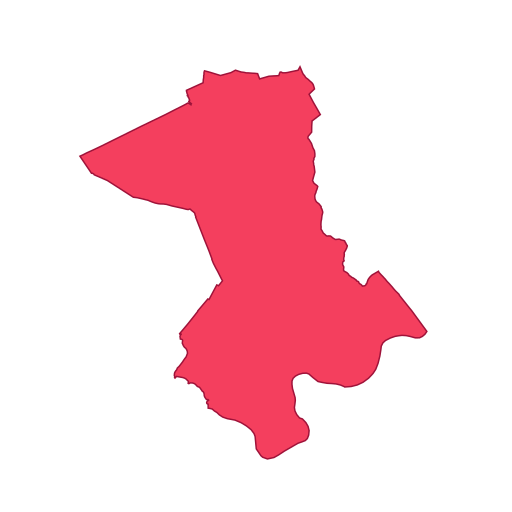 Negri, Bacau, Romania (orthographic projection), rotated 244°
{"feature_id": "2599482B87811792922311", "entity_name": "Negri", "entity_type": "district", "adm_level": 2, "iso_a3": "ROU", "parent_name": "Romania", "parent_adm1": "Bacau", "projection": "orthographic", "projection_center": [26.996, 46.704], "detail": "fine", "context": "isolated", "style": "filled", "palette": "rose", "viewbox_px": 512, "rotation_deg": 244, "n_neighbors": 0, "source": "geoboundaries", "source_scale": "gbopen_adm2", "svg_char_len": 6080}
<svg xmlns="http://www.w3.org/2000/svg" viewBox="0 0 512 512"><g transform="rotate(244 256 256)"><path d="M406.8,378.5L404.5,375.2L406.1,369.0L407.1,364.8L407.8,362.7L408.9,360.4L409.4,359.8L410.0,359.6L410.7,358.4L410.4,358.0L409.9,357.2L408.9,356.4L408.6,356.0L408.2,355.5L409.1,353.1L410.0,351.1L411.8,346.7L412.0,346.0L412.7,341.9L413.6,336.9L419.2,337.4L420.6,335.2L422.1,332.5L423.8,329.6L424.9,327.5L426.2,325.9L427.9,323.3L432.0,319.0L431.8,313.8L433.8,303.2L441.0,295.5L443.3,292.9L445.0,290.9L444.2,290.1L443.7,289.7L443.0,289.3L442.1,289.0L441.3,288.2L439.2,287.1L437.7,286.0L434.9,284.4L435.4,266.1L434.4,265.7L434.2,265.8L433.2,265.5L432.2,265.3L430.8,265.2L430.4,265.3L430.3,265.1L430.3,264.8L430.3,264.6L430.2,264.5L429.2,264.9L428.8,264.9L428.4,264.7L428.0,264.7L427.5,264.9L427.1,264.9L426.3,264.7L425.2,264.7L424.6,264.1L424.6,263.7L424.5,263.4L424.4,263.3L424.0,263.3L423.6,263.4L423.3,263.8L423.0,264.0L422.5,264.1L421.2,264.7L420.8,264.1L420.5,263.9L420.4,263.8L422.3,262.8L423.4,261.6L423.2,259.2L423.1,255.4L423.0,246.9L422.8,235.6L422.9,211.0L422.9,210.1L422.9,209.2L422.7,179.6L422.6,165.0L422.7,156.2L422.9,148.9L422.8,144.7L422.9,141.5L402.5,144.4L402.3,145.0L401.5,145.7L400.5,146.2L399.9,146.2L389.0,155.5L362.6,171.5L360.4,174.9L356.6,179.6L355.2,181.2L354.0,182.7L353.1,183.7L352.3,184.3L350.3,186.1L347.9,188.5L345.9,191.0L344.7,192.9L343.5,195.3L341.6,198.2L339.9,200.1L337.9,202.3L331.1,210.9L328.6,213.8L327.6,215.2L327.4,215.7L327.3,216.8L327.2,217.1L326.7,217.6L326.0,217.7L324.7,218.3L323.1,219.1L321.8,219.6L320.8,219.6L319.7,219.3L318.5,219.2L317.8,219.2L317.4,218.8L293.2,216.8L284.5,216.2L280.6,215.9L272.6,215.1L272.3,214.8L268.0,214.5L262.5,214.6L259.2,214.8L250.9,214.9L248.4,215.0L246.5,211.0L245.7,209.3L247.2,208.1L237.5,194.7L238.5,193.9L235.8,187.8L232.2,179.6L231.8,179.4L229.1,173.9L225.0,165.3L223.7,162.4L219.7,153.3L219.2,153.3L219.0,153.9L218.8,154.4L218.4,154.4L218.0,153.4L217.2,152.5L214.5,151.6L213.8,152.6L213.4,152.9L212.6,153.1L212.2,153.0L210.9,152.1L209.9,151.5L208.3,151.5L207.4,151.4L205.2,151.7L203.9,152.4L202.2,152.6L200.7,152.5L198.6,151.8L195.9,148.9L195.1,147.2L193.9,145.0L193.1,143.8L190.5,138.5L189.8,136.2L188.5,134.8L187.9,133.4L187.2,132.3L186.4,131.4L184.5,130.2L183.6,130.2L182.4,129.5L181.8,129.7L182.6,131.8L178.8,137.0L177.5,138.3L176.1,139.2L172.9,140.3L171.3,139.2L170.7,139.7L170.8,141.2L169.7,143.3L168.2,144.8L166.3,145.6L164.5,146.1L162.7,147.7L159.2,148.3L157.8,148.5L157.4,148.9L156.8,149.1L155.8,149.1L154.5,148.8L153.3,148.3L152.0,148.1L150.9,148.2L148.9,148.5L148.5,148.9L148.0,150.0L147.2,150.2L147.0,149.7L146.9,149.1L146.9,148.6L146.3,147.7L145.7,147.3L144.9,147.2L144.3,147.5L143.8,148.0L140.2,146.3L139.3,147.6L137.6,149.6L134.9,150.7L132.4,152.3L129.3,153.4L125.8,155.5L122.4,158.9L117.8,165.1L112.8,169.5L107.5,172.9L102.0,175.5L97.3,176.4L94.2,176.1L82.5,171.7L74.3,172.9L72.2,173.8L68.6,177.3L67.0,183.8L67.3,189.0L68.2,195.9L69.0,207.2L69.3,211.7L68.8,215.8L68.5,219.4L69.4,222.1L71.9,224.8L75.8,227.2L80.0,228.1L84.4,227.8L89.2,226.3L91.4,224.1L95.6,223.1L99.7,223.1L103.0,224.1L105.8,226.0L109.1,228.1L111.7,229.1L120.9,230.7L125.0,232.1L127.9,233.6L129.8,235.7L130.8,238.8L130.9,242.5L130.1,246.6L128.6,250.0L126.8,251.8L121.8,253.9L116.0,256.7L113.4,260.0L110.5,264.0L108.2,268.1L105.9,271.9L102.9,275.5L99.7,278.2L99.4,278.3L97.0,284.3L95.7,290.5L95.6,296.9L96.3,300.7L96.8,303.5L98.5,308.1L99.2,309.8L101.7,314.0L106.1,318.7L111.7,323.4L116.7,326.9L120.1,329.1L122.3,332.0L123.3,335.4L123.4,340.8L122.8,345.8L121.8,349.2L120.7,352.4L118.6,356.1L116.2,359.2L112.6,363.3L110.8,367.1L110.8,370.3L111.6,373.5L113.3,376.5L138.9,371.9L142.2,371.1L157.5,367.7L159.0,367.7L163.4,366.1L166.4,365.3L168.2,364.9L173.2,363.5L175.6,362.7L178.7,362.0L180.2,361.5L181.7,361.1L184.1,360.3L185.4,359.9L187.1,359.4L187.6,359.3L188.6,359.4L188.1,352.4L188.0,351.8L187.8,351.0L187.0,348.8L186.4,347.7L185.8,346.6L184.3,345.0L182.5,343.3L182.6,342.8L181.9,342.1L181.6,341.3L181.6,340.6L182.3,338.4L183.3,338.3L184.1,338.0L184.7,337.7L185.5,337.1L186.2,336.9L186.9,336.7L187.7,336.9L188.2,336.7L188.5,336.5L188.9,335.9L189.2,335.7L189.7,335.7L190.0,335.5L190.3,335.4L190.6,335.5L191.5,334.9L192.3,334.6L193.2,334.0L194.2,333.4L194.7,332.8L194.9,332.6L196.0,332.3L196.7,331.9L197.6,331.2L199.1,331.2L201.5,330.3L201.9,329.9L202.6,329.4L203.7,328.7L204.0,328.5L205.0,328.5L205.6,328.9L206.3,329.2L206.8,329.7L207.1,329.8L208.0,330.2L209.1,330.1L210.2,330.1L211.4,330.6L212.6,331.5L212.9,332.2L212.8,332.6L213.1,333.1L214.5,333.3L214.9,333.5L216.3,334.4L216.9,335.0L217.5,335.4L218.1,335.6L218.3,335.8L218.5,336.0L219.5,336.3L220.5,336.9L221.8,338.9L223.5,341.1L224.3,341.8L224.9,342.4L225.5,342.6L225.9,342.5L226.5,342.3L226.8,342.3L228.3,342.4L228.5,342.4L228.8,342.2L229.0,342.2L230.5,342.3L230.8,342.2L231.4,341.7L232.5,340.3L233.2,339.5L234.3,338.6L234.8,338.0L234.9,337.6L235.8,335.2L236.1,334.6L236.3,334.3L237.2,333.8L238.7,332.9L239.6,332.5L241.2,331.8L241.7,331.0L242.2,330.2L242.3,329.7L242.7,328.8L243.3,328.1L245.9,327.1L246.9,326.6L247.5,326.5L249.3,326.5L249.9,326.4L250.5,326.4L251.3,326.2L251.8,326.3L252.5,326.7L253.9,327.4L255.3,327.9L255.6,328.1L256.2,328.2L256.3,328.4L258.6,329.7L260.1,330.9L261.2,331.6L263.4,333.0L265.6,334.9L266.4,335.3L268.0,335.6L269.5,335.8L270.0,335.7L271.0,335.7L271.4,336.0L271.9,336.2L272.5,336.1L273.1,335.9L273.8,335.8L275.2,335.5L278.0,334.1L279.6,333.9L281.6,334.1L284.2,335.1L285.4,336.0L286.7,337.6L287.8,338.4L289.1,339.9L291.4,342.0L292.3,341.8L296.0,340.0L299.0,339.9L302.0,342.5L305.6,345.7L311.4,347.7L312.4,347.7L313.7,348.3L316.1,349.0L317.6,350.6L318.3,350.7L319.6,352.5L322.0,353.7L325.0,354.7L328.4,354.6L332.8,355.2L336.0,354.9L337.8,354.7L338.4,354.3L338.9,354.3L340.0,354.7L340.8,355.5L342.9,360.3L348.3,363.0L352.8,365.6L354.9,375.8L361.7,375.4L368.8,374.9L378.1,374.6L378.4,375.3L380.5,381.8L383.2,382.3L384.6,382.5L385.6,382.5L386.8,382.3L388.0,381.9L389.0,381.4L391.9,380.3L394.2,379.1L395.3,378.8L396.8,378.7L397.6,378.5L398.3,378.2L400.0,378.1L406.8,378.5Z" fill="#f43f5e" stroke="#9f1239" stroke-width="1.5"/></g></svg>